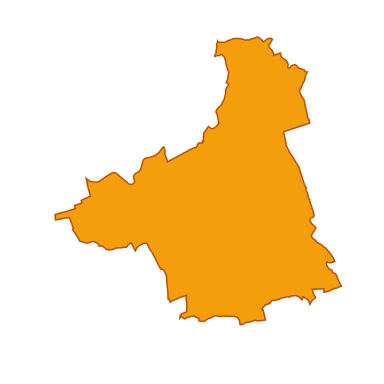 Jupanesti, Gorj, Romania, rotated 77°
{"feature_id": "2599482B25905298128431", "entity_name": "Jupanesti", "entity_type": "district", "adm_level": 2, "iso_a3": "ROU", "parent_name": "Romania", "parent_adm1": "Gorj", "projection": "albers", "projection_center": [23.543, 44.891], "detail": "fine", "context": "isolated", "style": "filled", "palette": "amber", "viewbox_px": 384, "rotation_deg": 77, "n_neighbors": 0, "source": "geoboundaries", "source_scale": "gbopen_adm2", "svg_char_len": 5901}
<svg xmlns="http://www.w3.org/2000/svg" viewBox="0 0 384 384"><g transform="rotate(77 192 192)"><path d="M285.0,238.2L290.8,239.4L290.9,239.1L291.6,238.7L291.3,238.3L294.4,238.2L293.4,235.2L292.9,230.8L292.0,228.2L292.0,226.2L291.7,224.1L291.7,222.6L291.4,220.8L292.9,220.8L293.4,221.5L294.4,221.8L296.5,222.0L298.7,221.9L302.4,223.0L303.1,222.7L304.2,223.2L307.4,224.0L307.6,224.3L307.7,225.8L308.1,226.8L308.2,229.0L309.5,230.6L309.3,231.1L309.9,231.3L310.6,231.1L311.0,231.8L312.0,232.1L311.4,231.4L311.3,230.5L312.0,229.6L313.7,228.0L314.0,227.5L313.5,225.6L313.0,225.0L312.8,224.1L313.4,222.6L313.4,221.9L312.9,221.3L312.7,220.6L313.5,217.7L315.0,216.2L316.5,213.8L319.2,214.2L319.8,212.8L320.9,209.1L320.2,208.0L319.1,204.5L318.6,200.7L317.7,196.8L317.9,196.0L318.9,194.9L319.7,192.4L320.0,188.9L321.1,185.2L321.9,183.0L322.0,180.6L322.8,179.3L322.8,178.6L323.2,177.6L324.7,175.7L328.7,174.6L329.9,174.6L331.0,175.1L332.0,175.0L332.4,173.6L332.4,172.8L331.3,168.5L331.4,166.8L331.6,166.2L331.7,165.5L331.5,163.6L331.5,161.8L331.1,159.4L332.2,157.3L333.0,152.9L333.2,149.1L322.6,149.3L322.6,150.1L322.3,150.3L321.8,150.2L320.4,148.9L318.3,145.1L318.6,144.1L318.3,143.5L318.3,142.9L317.8,142.6L317.7,141.9L317.8,141.6L318.2,141.4L318.2,141.2L317.3,140.8L317.1,140.2L315.8,138.4L315.8,137.5L316.3,135.2L316.3,134.2L316.1,130.8L315.7,129.3L315.4,127.7L315.6,126.4L315.4,123.4L315.6,122.2L316.3,120.9L315.6,118.4L316.1,116.4L316.2,113.8L317.3,112.8L317.4,112.3L318.1,111.4L321.9,109.0L321.9,108.7L321.6,108.4L320.3,108.6L319.5,107.3L319.1,107.4L319.3,106.7L321.3,105.3L322.5,103.8L324.4,102.9L328.0,102.3L325.0,99.8L323.6,97.2L323.2,95.8L322.6,95.5L321.3,95.5L318.4,96.7L313.9,96.7L315.9,85.4L317.4,85.5L318.4,86.0L319.6,85.8L319.3,83.5L319.4,81.7L319.3,80.5L318.1,75.4L318.2,72.7L317.5,69.9L317.6,67.8L315.1,68.0L314.8,68.4L312.6,68.7L309.7,69.6L306.3,69.7L305.5,70.2L304.8,70.1L303.5,71.3L302.1,73.1L301.5,73.3L300.0,73.1L299.6,73.3L297.5,76.0L293.4,77.2L290.4,76.6L292.0,73.9L292.1,72.3L292.0,71.7L292.2,70.6L291.7,70.0L291.9,68.7L289.4,68.9L287.3,69.4L282.9,71.2L276.8,74.3L274.8,76.2L272.2,78.0L270.6,80.1L270.0,80.4L269.5,81.3L268.8,82.0L267.0,82.2L265.0,84.4L262.4,85.6L261.7,85.6L259.7,84.1L256.8,81.0L254.5,79.3L250.4,82.1L247.5,83.4L246.1,83.4L244.6,83.1L244.1,81.4L243.8,79.2L242.3,78.3L241.5,78.5L241.1,78.3L240.0,78.2L227.6,79.2L226.6,79.2L226.2,79.0L225.6,79.5L219.8,79.8L215.8,80.4L214.5,80.4L214.0,79.7L213.7,79.6L211.4,80.7L191.1,82.3L190.6,82.7L181.9,85.5L175.5,87.9L167.6,89.8L167.5,90.2L165.6,89.5L154.4,89.2L153.8,89.0L151.4,61.7L147.5,61.8L146.5,62.5L145.7,62.5L127.1,62.1L124.2,63.5L123.3,63.6L122.9,63.9L118.0,64.7L115.4,62.5L111.6,59.9L109.1,57.6L106.7,56.3L105.6,56.2L101.0,52.7L101.0,53.5L100.1,54.5L99.3,55.1L98.3,55.2L97.8,55.7L97.3,56.7L96.7,58.1L95.8,59.1L95.2,60.4L92.9,61.4L90.8,63.1L91.1,63.9L91.1,65.5L91.6,67.2L92.1,68.0L92.9,68.5L93.4,69.7L92.9,69.8L92.4,70.5L91.8,70.8L89.4,69.6L88.3,69.6L86.9,70.2L86.0,70.2L84.0,71.5L81.2,74.3L80.3,74.6L77.8,74.7L76.5,74.4L76.2,75.2L77.0,77.4L76.8,79.1L77.2,80.6L77.4,81.7L76.2,81.4L75.0,81.4L73.9,81.6L73.1,82.1L72.2,81.9L68.6,84.1L66.1,84.2L65.5,83.4L61.5,79.3L60.5,79.8L59.9,80.9L59.9,81.5L59.7,83.1L59.9,84.7L61.3,87.3L61.6,88.5L58.8,90.4L56.7,92.1L55.6,93.6L56.3,97.5L56.1,98.7L56.3,100.6L56.7,101.7L56.2,103.6L56.3,105.2L54.0,109.2L53.1,111.4L53.1,112.0L52.4,113.3L52.4,114.7L51.9,116.2L52.0,117.1L51.9,117.6L52.2,118.6L52.2,120.1L52.8,121.3L52.4,122.7L52.6,123.7L53.1,124.2L53.4,127.1L53.1,128.3L52.6,129.3L52.5,129.8L52.3,130.3L52.4,131.1L52.2,132.4L51.6,133.0L50.8,133.2L52.1,133.7L53.3,134.8L54.2,134.9L54.8,134.7L55.7,135.2L57.3,135.6L60.0,136.9L61.9,137.2L62.6,137.6L64.1,139.3L64.8,139.5L65.0,139.4L64.8,137.6L65.1,135.2L64.7,132.0L67.6,130.3L69.0,129.9L73.9,129.9L75.2,130.1L76.4,129.9L77.6,130.1L79.4,129.7L80.5,130.0L82.7,129.3L84.2,129.3L87.2,130.8L89.9,131.8L91.4,133.0L93.0,133.7L93.2,134.0L93.8,132.9L95.2,131.9L98.7,135.3L99.4,135.8L101.3,136.7L103.5,137.0L106.9,138.9L108.1,139.3L110.9,141.3L111.8,142.6L113.1,142.9L115.5,147.0L116.1,147.6L117.4,149.5L118.0,149.7L119.4,150.8L120.5,150.3L122.4,150.1L130.8,150.3L132.1,151.6L134.0,154.3L134.7,156.2L134.8,158.1L134.5,159.1L131.9,161.2L132.4,161.9L135.0,164.6L137.2,167.4L140.1,167.9L140.8,168.6L145.2,169.3L144.6,170.3L145.9,170.4L146.4,170.8L146.4,171.5L145.6,174.1L147.0,176.0L148.5,176.7L149.1,177.6L150.4,185.2L151.4,188.1L157.1,209.2L154.6,209.1L148.7,210.0L147.8,209.5L146.0,209.0L141.8,209.3L141.7,210.0L145.4,214.4L146.7,216.4L147.8,218.9L148.2,220.3L148.9,225.1L148.6,226.6L148.6,229.1L149.1,231.0L149.7,231.9L151.3,233.2L156.4,235.8L158.8,237.3L160.2,239.2L161.5,243.4L162.6,244.7L164.2,245.6L168.8,245.6L169.9,246.2L170.9,247.6L171.0,249.7L170.0,251.7L167.2,253.6L161.1,258.5L156.8,261.5L156.0,262.5L155.5,263.8L155.4,265.2L155.8,266.8L158.1,273.6L158.9,275.2L159.8,278.1L160.2,278.5L160.7,279.4L160.9,282.6L160.5,284.9L159.7,286.8L158.1,289.6L154.8,292.1L164.2,292.3L173.2,291.9L175.2,301.9L178.1,301.9L178.7,309.5L181.9,309.3L182.8,320.5L182.7,322.4L183.2,330.5L188.6,331.3L188.8,323.1L189.3,317.3L196.6,316.2L198.2,316.2L199.5,315.8L200.5,316.0L201.1,316.5L202.3,316.6L212.4,312.8L214.6,312.5L215.5,310.6L217.5,307.5L218.1,305.8L218.3,303.9L218.0,302.7L217.8,300.8L218.0,299.0L220.3,296.0L221.2,295.1L224.0,294.5L224.2,292.7L225.1,291.1L227.0,289.4L228.2,288.8L228.9,288.0L229.9,285.7L229.8,284.9L230.1,283.6L230.2,281.0L229.6,279.4L229.9,276.1L230.5,273.6L230.6,269.7L231.0,268.4L230.7,267.5L229.5,266.5L228.7,265.4L227.9,262.8L231.3,261.7L232.4,261.6L236.7,260.5L236.2,259.8L235.3,259.5L234.0,258.4L232.4,255.5L232.1,254.0L231.7,253.3L231.6,252.3L231.0,251.5L231.0,250.9L231.5,249.4L231.3,248.5L231.5,247.5L238.4,246.0L242.0,244.5L245.7,243.5L260.0,239.9L260.3,239.7L260.3,238.9L260.8,238.3L260.9,237.7L261.4,237.2L265.8,236.1L268.7,235.9L270.7,236.1L273.2,236.7L285.0,238.2Z" fill="#f59e0b" stroke="#b45309" stroke-width="1.5"/></g></svg>